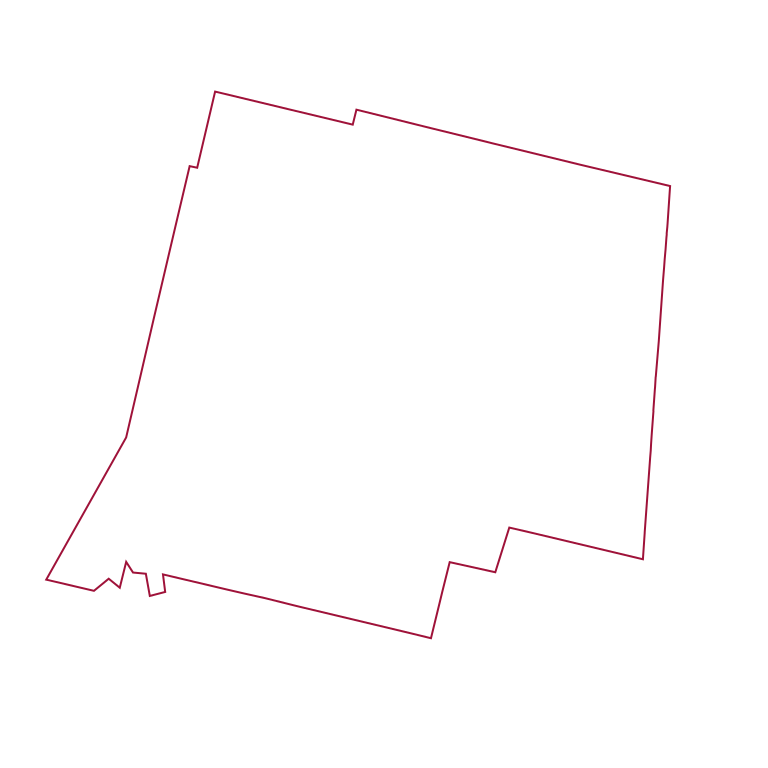 outline of Washington, Arkansas, United States of America, rotated 192°
{"feature_id": "52423323B11717840957677", "entity_name": "Washington", "entity_type": "district", "adm_level": 2, "iso_a3": "USA", "parent_name": "United States of America", "parent_adm1": "Arkansas", "projection": "albers", "projection_center": [-94.296, 35.993], "detail": "fine", "context": "isolated", "style": "outline", "palette": "rose", "viewbox_px": 768, "rotation_deg": 192, "n_neighbors": 0, "source": "geoboundaries", "source_scale": "gbopen_adm2", "svg_char_len": 954}
<svg xmlns="http://www.w3.org/2000/svg" viewBox="0 0 768 768"><g transform="rotate(192 384 384)"><path d="M94.3,266.4L98.0,292.3L98.2,293.4L108.5,368.4L109.2,374.0L110.2,380.3L111.6,390.0L114.8,413.5L115.0,414.0L118.0,435.5L118.2,437.3L119.5,445.9L119.7,447.2L119.7,447.3L119.7,447.9L124.1,482.9L132.6,543.4L134.3,556.6L135.4,564.5L136.6,574.4L138.2,586.0L138.5,588.8L138.8,590.1L139.5,596.3L140.0,600.0L143.9,627.2L144.9,634.2L145.3,637.1L237.8,639.3L328.9,642.0L331.1,642.1L391.1,644.0L468.0,646.6L468.5,631.2L484.1,631.6L610.0,634.9L611.7,556.7L619.4,556.7L620.8,494.3L622.8,400.2L623.9,340.0L625.1,278.1L673.7,122.4L624.7,121.4L612.8,136.3L600.1,129.8L599.2,156.4L590.3,147.4L577.5,148.9L569.0,128.0L554.8,135.1L560.6,151.8L494.7,150.3L477.1,150.0L455.8,149.8L424.5,148.7L417.4,148.5L305.0,145.7L285.2,145.1L284.1,181.5L283.8,192.7L282.7,223.4L236.0,223.0L231.6,269.6L209.1,269.2L94.3,266.4Z" fill="none" stroke="#9f1239" stroke-width="2"/></g></svg>